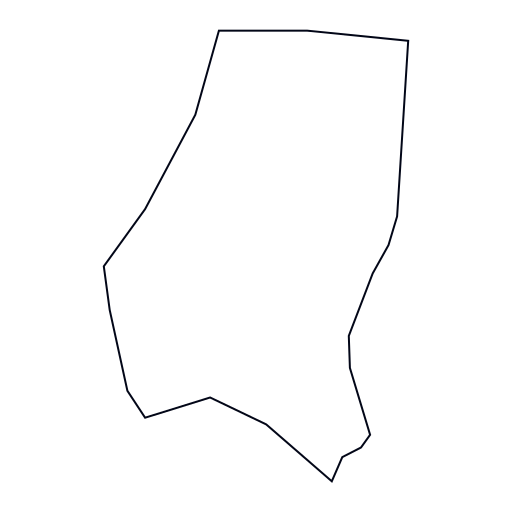 map outline of Saint Andrew (Robinson projection)
{"feature_id": "GRD-5070", "entity_name": "Saint Andrew", "entity_type": "Parish", "adm_level": 1, "iso_a3": "GRD", "parent_name": "Grenada", "parent_adm1": "", "projection": "robinson", "projection_center": [-61.639, 12.124], "detail": "fine", "context": "isolated", "style": "outline", "palette": "ink", "viewbox_px": 512, "rotation_deg": 0, "n_neighbors": 0, "source": "natural_earth", "source_scale": "10m", "svg_char_len": 375}
<svg xmlns="http://www.w3.org/2000/svg" viewBox="0 0 512 512"><path d="M408.2,40.8L397.1,216.4L388.5,245.1L372.7,273.4L348.8,335.9L349.9,367.9L370.1,434.8L361.0,447.5L342.3,457.1L331.8,481.3L266.2,424.4L210.1,397.5L145.1,417.7L127.4,390.8L109.7,310.0L103.8,266.3L145.1,209.1L195.3,114.8L218.9,30.7L307.5,30.7L408.2,40.8Z" fill="none" stroke="#020617" stroke-width="2"/></svg>